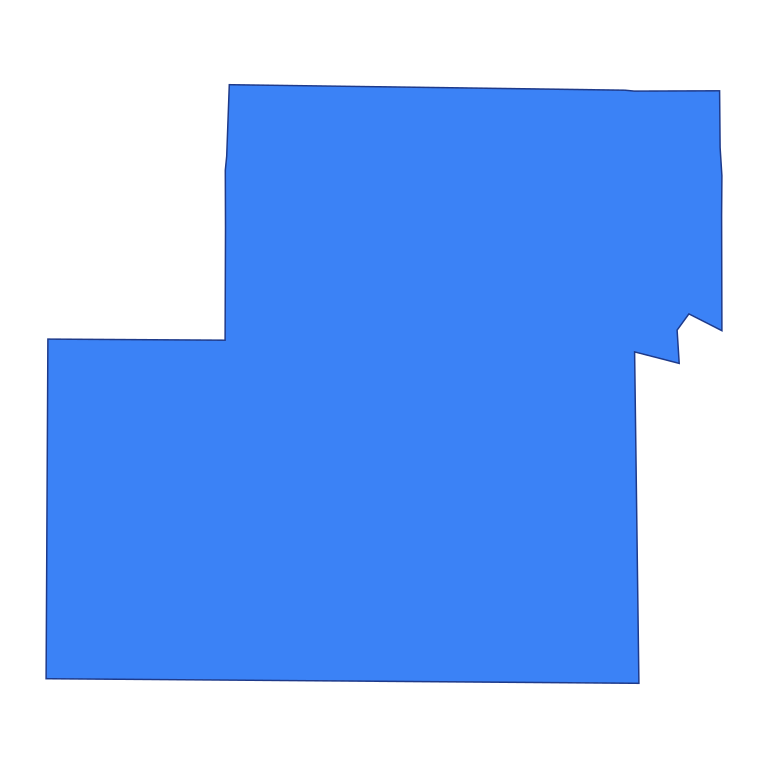 the district of Owen, Indiana, United States of America
{"feature_id": "52423323B55669324788412", "entity_name": "Owen", "entity_type": "district", "adm_level": 2, "iso_a3": "USA", "parent_name": "United States of America", "parent_adm1": "Indiana", "projection": "robinson", "projection_center": [-86.781, 39.32], "detail": "fine", "context": "isolated", "style": "filled", "palette": "blue", "viewbox_px": 768, "rotation_deg": 0, "n_neighbors": 0, "source": "geoboundaries", "source_scale": "gbopen_adm2", "svg_char_len": 365}
<svg xmlns="http://www.w3.org/2000/svg" viewBox="0 0 768 768"><path d="M229.3,84.7L226.7,156.2L225.3,170.3L225.5,227.6L225.1,340.2L47.9,339.1L46.1,678.7L638.9,683.3L634.6,351.9L679.2,363.4L677.1,330.1L688.9,313.9L721.9,330.7L721.6,215.3L721.9,175.8L720.1,147.5L719.6,90.8L634.3,91.1L624.9,90.2L229.3,84.7Z" fill="#3b82f6" stroke="#1e3a8a" stroke-width="1.5"/></svg>